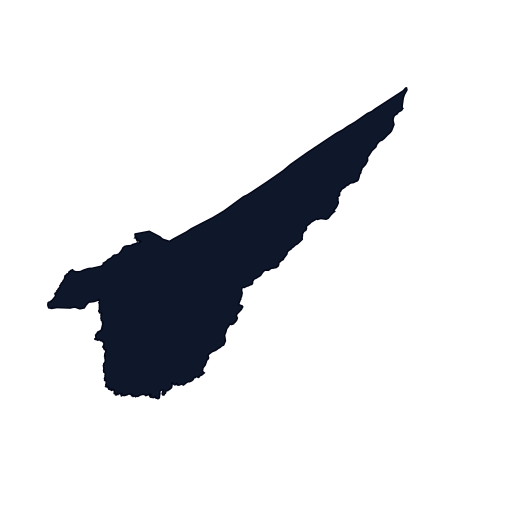 Banda, Brong Ahafo, Ghana, rotated 64°
{"feature_id": "2480657B21856882152043", "entity_name": "Banda", "entity_type": "district", "adm_level": 2, "iso_a3": "GHA", "parent_name": "Ghana", "parent_adm1": "Brong Ahafo", "projection": "equal_earth", "projection_center": [-2.367, 8.353], "detail": "fine", "context": "isolated", "style": "filled", "palette": "ink", "viewbox_px": 512, "rotation_deg": 64, "n_neighbors": 0, "source": "geoboundaries", "source_scale": "gbopen_adm2", "svg_char_len": 6143}
<svg xmlns="http://www.w3.org/2000/svg" viewBox="0 0 512 512"><g transform="rotate(64 256 256)"><path d="M340.0,360.6L339.0,358.8L339.2,357.0L338.4,353.7L336.2,354.7L333.3,352.7L331.7,349.4L328.1,345.9L327.7,344.4L326.9,343.3L324.3,342.6L323.8,342.2L322.8,337.6L323.1,333.5L322.5,330.4L322.4,328.3L321.7,326.0L321.9,324.6L321.8,324.0L318.9,320.7L313.3,318.9L311.3,316.6L308.5,314.2L307.3,311.8L305.7,309.5L306.9,308.0L307.1,305.6L306.2,304.8L306.3,303.7L305.0,301.3L303.5,299.9L301.1,299.9L300.3,298.9L299.7,299.0L299.3,297.1L297.7,292.7L295.9,290.2L294.8,290.3L292.5,292.5L291.5,292.5L288.7,289.6L288.3,288.8L286.6,287.7L286.3,287.0L283.3,284.7L280.5,284.0L278.7,282.8L278.5,282.1L278.6,281.0L279.2,280.4L279.1,277.5L279.5,275.9L279.3,274.9L279.7,272.0L279.0,271.6L278.8,270.8L277.9,270.6L277.2,270.0L276.2,268.4L275.9,267.5L276.0,265.4L275.5,260.5L273.6,257.2L272.8,255.0L272.9,253.8L274.3,251.1L274.1,249.4L273.7,249.1L273.9,247.2L274.6,245.4L275.3,242.5L274.7,241.1L274.8,240.5L273.7,239.4L271.8,238.2L271.8,237.2L271.2,235.3L271.1,232.9L270.4,232.4L268.0,227.6L266.4,226.3L265.5,224.8L265.0,220.9L264.3,220.2L264.2,218.3L263.3,215.8L263.3,213.4L261.3,207.1L259.5,206.4L258.1,205.3L257.5,205.4L255.8,203.6L254.9,202.1L254.7,199.9L253.2,198.4L252.0,198.1L251.2,197.3L250.4,193.2L249.8,192.0L249.2,184.9L250.1,184.7L250.7,181.4L253.2,177.6L253.7,176.8L253.8,175.1L253.7,174.4L251.9,170.7L250.6,166.9L250.6,165.9L250.4,165.6L249.1,166.2L248.7,165.6L248.2,163.9L246.8,161.6L244.7,159.1L243.7,158.4L242.3,158.2L240.3,157.1L239.3,157.6L238.0,154.2L235.2,152.8L234.8,151.4L233.8,150.2L233.5,149.3L233.1,145.8L232.4,144.2L232.5,141.7L231.9,140.2L232.0,138.4L232.8,136.1L232.7,134.1L232.9,132.4L232.6,131.2L231.3,129.7L227.9,126.9L227.2,125.3L225.7,124.4L224.6,123.0L223.7,122.6L221.8,117.5L219.1,113.8L216.2,112.5L215.7,111.9L215.2,110.6L212.2,105.7L210.5,100.4L208.6,98.5L207.3,95.7L206.9,93.8L207.1,91.7L206.5,89.2L204.9,85.0L203.9,81.4L202.9,79.3L198.4,74.4L193.9,73.3L191.7,71.6L190.4,70.0L190.1,66.8L189.0,65.0L188.9,61.4L187.7,59.3L187.1,59.7L185.3,58.9L178.6,54.4L176.1,52.0L172.9,47.5L170.9,47.0L170.6,48.0L172.0,51.1L176.1,84.7L176.9,88.6L176.7,93.3L179.1,108.3L179.7,116.8L180.7,123.1L180.9,129.8L185.6,164.7L188.9,184.9L191.3,194.3L194.3,213.7L196.8,232.4L197.3,237.1L197.2,241.3L201.5,265.0L202.6,277.8L203.1,302.3L203.9,307.9L204.5,323.2L204.9,327.0L204.2,328.1L199.9,332.6L196.7,333.9L187.0,341.1L183.2,355.0L183.7,355.4L184.4,355.4L185.0,355.9L186.3,356.1L186.6,356.8L187.1,355.9L188.5,356.1L188.5,355.5L188.9,355.1L189.6,356.1L190.1,356.2L190.8,355.8L191.0,354.7L191.7,354.2L192.0,353.2L192.8,353.3L192.9,355.7L192.1,357.1L192.2,358.9L191.8,360.2L192.0,360.6L191.5,361.6L191.8,363.1L191.7,364.1L190.8,366.3L190.8,367.0L190.3,367.4L189.8,370.0L190.5,372.4L191.4,373.2L192.9,375.8L193.7,377.8L194.1,378.1L193.8,381.2L193.1,382.7L193.1,384.2L194.3,386.9L194.4,390.7L195.3,393.0L195.5,396.4L196.0,396.5L197.0,397.7L197.3,399.7L195.1,409.1L194.2,410.9L193.7,412.6L193.1,417.0L193.0,420.9L191.3,424.7L189.1,426.9L188.1,426.8L187.8,427.1L188.0,427.7L187.8,429.1L188.4,430.0L188.2,430.8L189.6,432.4L189.3,433.8L189.9,434.4L189.9,435.4L190.5,436.0L190.2,436.4L192.9,438.5L193.9,440.5L194.7,441.3L195.1,442.9L196.2,444.1L196.7,445.3L198.0,445.7L198.8,448.0L200.0,449.5L200.0,450.1L200.5,450.0L201.0,450.7L200.9,451.2L201.6,452.3L201.4,452.8L201.9,453.4L202.9,453.2L204.3,454.0L206.4,458.5L206.6,459.9L207.0,459.9L207.1,460.4L206.7,462.4L206.9,463.4L208.5,464.5L210.3,465.0L212.0,464.9L212.5,463.6L213.4,463.1L215.1,457.5L221.3,445.9L222.1,442.4L222.8,440.9L226.3,437.5L227.4,433.1L225.6,430.2L224.2,426.6L225.9,421.7L226.4,418.3L226.3,416.3L227.1,416.8L227.9,416.4L228.6,416.6L228.9,416.8L229.2,417.8L230.1,417.6L234.5,419.8L235.7,420.0L235.9,421.0L237.0,421.6L238.1,421.2L238.5,421.4L238.7,420.6L239.1,420.7L239.6,420.0L240.4,420.0L241.0,421.2L243.0,421.9L244.2,422.8L245.0,422.7L245.8,423.2L247.3,422.7L248.8,423.3L249.1,422.8L252.4,425.6L253.2,425.6L253.3,426.4L254.0,426.5L254.7,427.3L254.7,428.2L255.3,429.2L254.9,429.7L255.1,430.4L254.9,431.4L255.5,432.4L256.0,432.0L256.3,434.0L256.8,434.0L256.9,434.9L259.7,435.8L259.8,437.2L260.1,437.3L260.7,436.9L260.8,436.2L260.5,436.0L261.5,435.3L261.9,435.6L262.4,435.0L262.3,434.4L262.7,433.7L262.6,433.3L264.0,432.8L264.3,432.0L267.2,430.7L269.2,431.7L270.6,433.6L270.9,433.4L271.0,432.6L272.5,433.4L272.7,433.0L273.8,433.2L274.5,432.0L276.2,433.1L277.9,434.9L278.8,435.4L279.2,435.2L279.5,435.8L280.0,435.4L280.4,436.2L281.1,436.1L282.0,436.8L282.9,436.8L284.6,437.8L284.9,437.6L286.2,440.2L287.4,440.7L287.5,441.2L290.5,442.1L292.0,443.2L293.7,443.7L295.2,442.9L295.7,442.9L297.2,444.1L297.9,444.2L299.8,446.0L300.7,445.8L301.1,446.5L301.6,446.5L302.2,445.7L302.8,445.6L304.7,446.4L305.8,447.4L306.2,447.2L307.3,448.4L307.9,448.0L308.1,446.8L308.7,447.0L309.2,446.0L309.7,445.9L310.2,446.7L310.7,446.7L311.0,446.2L311.4,446.5L312.5,445.1L313.4,444.9L313.5,443.9L312.8,444.1L313.4,442.8L313.8,442.5L315.6,442.7L317.3,443.7L317.7,442.8L319.0,443.2L319.2,442.9L319.0,442.2L319.6,442.4L319.5,441.6L319.9,440.9L319.6,440.8L319.7,439.5L320.7,437.2L321.1,438.1L322.7,438.3L322.6,437.2L323.8,435.4L324.3,432.3L324.1,431.0L325.1,429.6L325.2,429.0L325.8,428.4L326.2,428.9L326.7,428.3L326.9,428.5L326.9,427.9L327.8,428.2L328.0,427.9L328.4,428.0L328.9,425.7L329.7,425.8L329.6,424.8L330.3,424.0L330.4,423.3L330.2,421.2L330.7,418.4L331.7,416.9L333.2,416.3L333.6,411.9L334.4,411.1L335.0,411.8L335.0,412.9L336.5,412.8L338.4,410.2L338.6,408.2L340.0,408.2L340.2,407.4L341.0,407.1L341.4,406.3L341.2,405.2L340.9,404.9L338.4,403.4L337.9,402.8L335.9,402.1L335.3,401.3L335.0,399.4L335.5,398.4L335.9,398.3L338.7,400.8L340.2,400.6L340.6,399.6L339.7,398.5L339.6,397.5L337.8,396.0L338.3,394.3L338.1,394.0L338.0,392.1L337.3,389.6L335.3,388.1L333.6,387.6L333.3,386.8L333.4,386.3L334.8,386.4L336.3,385.4L336.4,384.3L335.8,383.8L335.7,383.2L336.0,382.9L337.4,383.2L337.8,382.8L338.3,381.9L338.5,379.0L340.2,377.8L339.2,373.4L339.4,371.7L339.9,370.9L340.0,368.5L339.5,366.7L338.4,365.2L338.3,364.5L338.6,363.8L338.2,362.7L338.4,362.1L339.9,361.1L340.0,360.6Z" fill="#0f172a" stroke="#020617" stroke-width="1.5"/></g></svg>